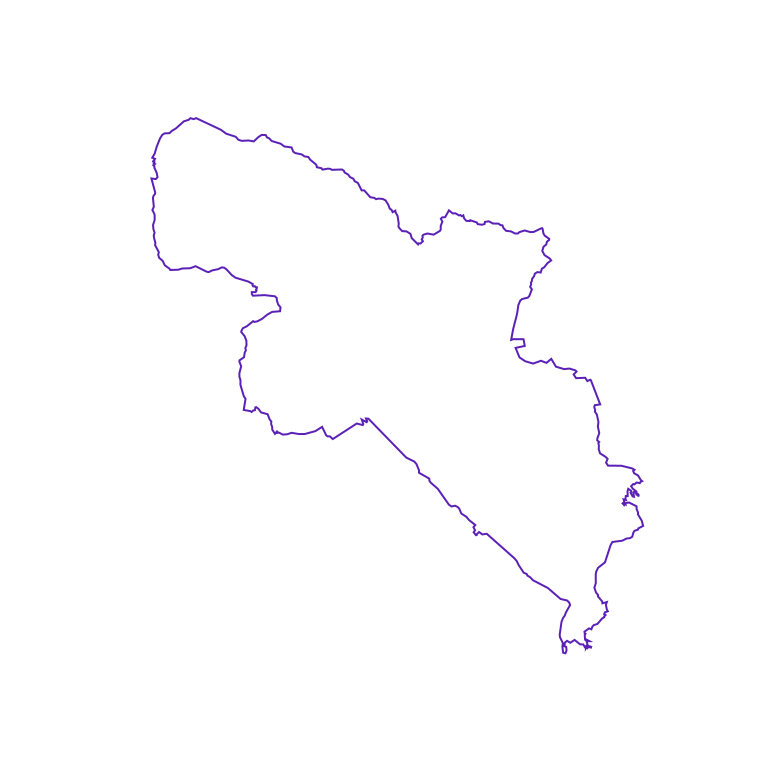 outline of Posesti, Prahova, Romania, rotated 198°
{"feature_id": "2599482B56357474531402", "entity_name": "Posesti", "entity_type": "district", "adm_level": 2, "iso_a3": "ROU", "parent_name": "Romania", "parent_adm1": "Prahova", "projection": "equal_earth", "projection_center": [26.141, 45.287], "detail": "fine", "context": "isolated", "style": "outline", "palette": "violet", "viewbox_px": 768, "rotation_deg": 198, "n_neighbors": 0, "source": "geoboundaries", "source_scale": "gbopen_adm2", "svg_char_len": 6150}
<svg xmlns="http://www.w3.org/2000/svg" viewBox="0 0 768 768"><g transform="rotate(198 384 384)"><path d="M375.9,569.2L377.4,561.6L380.2,560.4L381.0,558.7L378.7,556.5L378.9,551.9L377.8,548.4L378.1,546.9L382.9,541.4L389.3,540.5L392.6,538.2L393.2,536.9L392.4,535.1L392.8,533.1L391.1,531.8L392.7,528.9L394.7,528.4L394.8,527.3L402.7,531.3L405.3,535.0L409.8,536.1L414.0,535.0L417.9,537.2L418.9,538.2L419.6,541.2L423.0,548.0L426.2,551.0L426.8,552.3L428.9,550.1L430.8,552.1L432.7,552.5L435.2,555.7L439.2,559.1L442.5,559.6L446.6,558.6L448.7,557.3L450.7,558.0L454.8,557.4L462.6,562.0L465.1,561.2L470.9,567.1L474.5,567.8L476.5,569.7L480.3,570.3L482.8,572.1L486.9,573.0L488.0,574.4L490.3,575.0L499.7,571.6L501.7,572.0L504.1,571.4L508.7,568.9L510.2,569.9L514.9,569.4L515.6,571.0L517.3,572.1L523.5,574.5L526.1,576.5L530.0,575.9L533.0,576.9L539.9,576.2L542.2,577.0L545.0,580.4L552.3,579.1L556.5,580.6L565.8,580.4L569.3,582.2L571.5,582.4L573.4,584.2L577.3,583.1L579.8,580.0L582.8,574.5L588.2,573.7L594.4,571.3L598.0,571.3L601.4,573.3L611.4,573.3L617.9,575.4L644.9,578.8L646.8,577.1L650.2,577.0L651.5,574.8L655.5,572.0L660.8,562.9L664.1,559.0L665.5,556.3L670.2,554.5L671.9,552.4L672.9,548.3L673.5,539.2L673.3,532.3L674.3,527.6L671.4,527.4L671.7,526.3L671.2,524.8L672.2,525.1L672.4,524.4L671.3,524.0L671.4,523.0L669.8,522.5L671.0,520.8L669.6,520.1L669.2,518.7L665.6,514.8L663.3,510.8L664.3,508.4L668.7,507.6L660.7,495.3L660.5,494.0L661.3,492.0L661.3,489.7L657.7,481.5L658.0,477.8L655.0,474.9L654.1,473.1L652.8,469.1L652.8,463.9L651.2,460.1L648.9,456.9L649.0,454.5L648.1,452.3L645.0,447.5L644.6,445.3L638.9,439.8L638.7,437.2L636.8,434.5L632.5,432.7L629.1,429.1L623.9,427.5L622.5,426.4L615.0,429.1L611.6,431.5L604.1,434.2L599.6,437.8L587.3,436.0L585.2,436.3L582.6,438.9L577.3,441.9L574.3,444.8L572.2,445.2L569.5,444.5L562.6,440.6L558.1,439.2L544.7,439.5L539.7,438.5L539.5,437.2L538.5,436.4L537.1,437.1L536.1,436.4L534.8,436.7L534.5,435.3L534.9,433.9L534.1,433.3L534.5,431.7L538.1,430.5L537.5,428.7L535.9,427.5L525.1,431.6L514.9,433.7L512.6,432.7L511.8,430.5L509.3,427.0L506.1,424.9L505.3,421.1L512.7,418.0L516.7,413.6L520.0,408.4L523.9,404.4L526.5,403.0L527.9,403.3L532.3,396.5L535.5,393.4L536.0,390.4L535.9,389.4L531.2,386.3L528.2,382.5L526.7,378.2L527.0,375.4L525.7,373.2L526.2,371.1L525.4,366.2L528.7,361.9L528.6,360.8L525.3,356.7L524.9,349.7L523.8,346.3L521.8,343.5L520.2,338.7L513.6,329.1L511.1,327.1L509.4,316.0L502.7,316.9L501.3,316.5L500.2,318.4L498.7,319.2L499.1,322.1L498.3,322.5L495.6,321.5L492.2,319.0L485.3,319.3L482.1,315.3L479.5,313.4L479.1,311.2L477.2,308.8L476.2,306.1L472.3,302.9L471.1,305.8L470.3,305.4L470.2,304.6L468.9,305.3L464.6,304.6L460.5,306.3L456.9,309.0L449.5,310.1L443.8,312.0L434.7,318.0L429.6,324.1L423.1,317.3L421.5,316.8L419.4,317.5L415.7,315.8L397.7,338.0L391.5,338.4L391.4,339.6L394.2,343.3L388.7,342.3L388.4,343.2L390.5,345.6L388.1,346.2L340.1,320.9L331.2,319.6L328.4,317.9L324.1,312.8L323.3,310.4L311.7,308.0L310.9,306.0L309.2,304.7L300.4,300.9L285.0,289.3L281.9,288.4L278.8,290.2L276.1,289.8L273.9,288.7L270.4,284.7L264.5,283.1L261.1,280.9L253.6,278.1L254.7,275.5L252.2,273.0L252.9,270.7L249.8,268.6L249.2,269.0L249.2,270.2L247.8,272.6L244.0,271.3L240.0,273.3L206.5,258.7L203.0,256.6L200.1,253.5L192.8,247.7L189.6,247.4L188.4,246.1L185.3,245.4L181.7,243.4L165.1,240.6L149.6,234.1L143.0,234.7L140.5,233.5L138.7,231.4L140.4,222.8L140.5,219.6L141.4,216.8L141.7,212.7L139.4,199.7L138.4,197.6L133.8,192.8L133.1,189.1L130.6,183.8L128.2,184.0L128.1,187.2L129.5,190.3L131.3,190.3L132.1,193.8L130.6,196.3L126.8,195.5L123.7,199.5L117.1,197.0L114.0,197.9L111.8,195.9L111.0,197.1L110.3,194.9L109.9,196.4L108.9,195.7L108.4,197.1L105.8,197.2L105.8,198.1L109.2,198.0L111.5,201.4L111.3,202.1L109.1,202.9L112.6,203.5L112.0,202.7L112.4,202.4L113.8,203.0L115.5,207.3L115.2,208.7L116.0,208.8L116.8,210.4L113.5,214.9L111.0,214.8L110.8,217.9L109.9,219.6L106.9,221.7L104.1,228.4L102.5,230.2L102.8,230.9L101.9,232.7L103.5,233.2L103.3,235.1L100.9,237.0L102.3,238.3L104.7,242.5L104.7,245.5L108.5,242.9L109.4,244.7L114.9,248.1L115.2,249.5L117.9,251.2L121.0,255.3L121.0,259.9L123.8,268.4L124.2,271.0L123.6,275.4L118.7,282.7L118.7,300.8L118.0,304.3L109.0,308.6L105.5,312.0L102.3,313.5L100.7,315.5L100.9,319.9L100.4,321.8L97.5,323.9L97.4,325.4L93.7,329.1L96.5,333.5L102.2,338.5L102.6,340.2L105.1,343.1L106.0,345.7L114.1,347.0L117.6,345.5L117.0,344.1L118.2,344.4L118.3,343.1L120.2,344.2L119.0,346.1L120.5,348.3L118.1,348.5L118.9,349.4L119.4,352.2L117.6,352.7L119.3,357.4L119.3,359.8L115.8,358.7L115.4,357.9L115.9,356.8L112.8,353.9L111.4,354.0L113.3,357.8L113.0,358.4L110.9,358.5L109.7,356.8L108.4,356.8L107.0,355.7L107.8,357.5L110.4,358.4L110.7,359.7L115.0,361.3L117.4,363.1L116.0,365.9L114.7,366.0L113.3,368.4L110.1,368.7L109.8,370.1L108.5,371.4L110.1,372.0L114.1,375.5L118.5,376.4L120.2,378.3L119.3,379.8L121.8,380.4L133.0,379.6L145.7,375.6L148.5,377.8L148.2,381.9L151.1,383.3L157.1,384.8L159.6,388.3L160.7,392.1L161.9,394.0L161.4,395.3L163.8,396.3L164.3,398.1L164.1,403.8L167.4,409.5L168.3,414.1L172.1,420.7L174.9,422.9L175.1,424.5L176.9,427.0L177.0,429.0L172.1,431.4L188.4,451.5L189.2,451.8L191.5,449.6L194.6,452.1L203.1,448.9L206.6,451.7L204.7,455.3L206.1,456.1L212.4,456.0L217.3,453.8L225.8,453.6L232.7,459.6L236.0,454.3L241.9,454.6L248.5,449.5L256.9,449.3L263.4,451.2L270.0,459.0L261.9,463.7L265.1,469.7L274.9,466.6L276.7,465.2L278.1,475.9L279.1,491.6L280.6,500.6L280.2,505.2L279.0,507.4L273.9,510.6L273.0,512.5L272.6,519.7L275.0,521.5L274.8,524.2L275.6,525.7L275.2,527.4L275.6,530.0L274.6,532.7L274.6,535.6L272.7,537.8L269.4,538.5L269.5,542.5L267.7,544.5L265.9,549.4L263.2,553.2L265.0,554.5L271.2,556.2L274.6,559.5L274.7,563.8L272.8,566.8L273.0,569.7L271.5,572.0L271.7,573.1L277.1,574.8L279.0,576.6L281.1,580.6L281.9,581.1L282.8,580.4L288.6,574.9L291.7,573.7L297.6,573.5L302.3,570.2L303.1,568.6L305.8,567.6L310.3,568.4L315.2,567.4L318.6,569.3L320.4,571.5L322.4,571.1L324.6,571.9L330.0,570.3L334.6,571.1L338.1,569.4L337.8,567.2L340.1,565.7L344.3,565.0L345.6,566.3L352.6,566.4L352.7,565.5L356.1,564.6L358.9,566.2L360.7,568.9L361.8,567.6L363.5,568.3L364.7,567.5L368.7,568.4L371.4,567.5L375.9,569.2Z" fill="none" stroke="#5b21b6" stroke-width="2"/></g></svg>